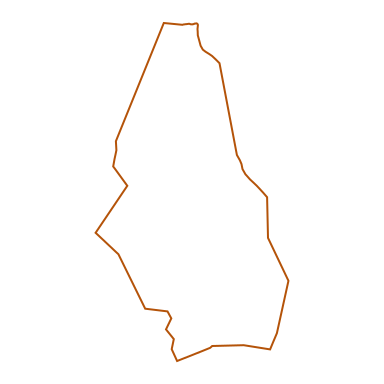 San Buenaventura, Francisco Morazán, Honduras
{"feature_id": "27666195B50330868714175", "entity_name": "San Buenaventura", "entity_type": "district", "adm_level": 2, "iso_a3": "HND", "parent_name": "Honduras", "parent_adm1": "Francisco Morazán", "projection": "albers", "projection_center": [-87.184, 13.903], "detail": "fine", "context": "isolated", "style": "outline", "palette": "amber", "viewbox_px": 384, "rotation_deg": 0, "n_neighbors": 0, "source": "geoboundaries", "source_scale": "gbopen_adm2", "svg_char_len": 1353}
<svg xmlns="http://www.w3.org/2000/svg" viewBox="0 0 384 384"><path d="M163.8,23.0L116.5,139.7L115.9,141.2L116.4,150.2L115.5,154.6L114.5,159.2L113.2,166.5L114.8,168.6L127.3,185.8L95.6,232.8L109.0,245.4L116.0,252.0L118.4,254.2L145.2,308.7L167.5,311.4L171.3,318.4L166.0,329.4L173.8,339.1L171.7,349.2L177.1,361.0L201.6,351.3L210.2,347.8L212.2,346.0L243.7,345.2L270.1,349.4L273.3,341.7L276.9,333.2L288.3,281.5L288.4,280.7L268.0,237.9L267.1,197.2L263.1,192.6L256.7,185.7L250.0,179.4L246.1,175.0L245.5,174.4L242.5,169.1L241.5,164.1L239.9,160.3L236.9,155.0L219.5,63.2L216.0,59.7L212.1,56.0L209.2,54.0L205.5,51.7L202.8,49.6L200.6,45.7L199.0,39.7L197.8,35.3L197.7,31.8L197.5,29.1L197.9,25.1L197.9,24.9L197.8,24.7L197.7,24.4L197.6,24.2L197.4,24.0L197.4,23.9L197.2,23.7L196.9,23.6L196.7,23.5L196.6,23.4L196.4,23.4L196.2,23.4L195.8,23.5L195.7,23.5L195.4,23.5L195.2,23.5L194.9,23.6L194.7,23.7L194.4,23.7L194.3,23.8L194.2,23.8L193.8,24.0L193.7,24.0L193.4,24.1L193.2,24.2L192.9,24.2L192.8,24.3L192.7,24.3L192.4,24.3L192.2,24.3L191.9,24.3L191.6,24.3L191.4,24.3L191.1,24.3L190.9,24.3L190.7,24.2L190.4,24.2L190.2,24.1L189.9,24.0L189.7,23.9L189.4,23.8L189.2,23.8L188.6,23.8L188.1,23.9L187.4,24.0L186.7,24.1L186.3,24.1L186.0,24.2L185.4,24.2L184.9,24.3L184.7,24.3L184.3,24.4L183.9,24.4L183.4,24.5L182.4,24.8L163.8,23.0Z" fill="none" stroke="#b45309" stroke-width="2"/></svg>